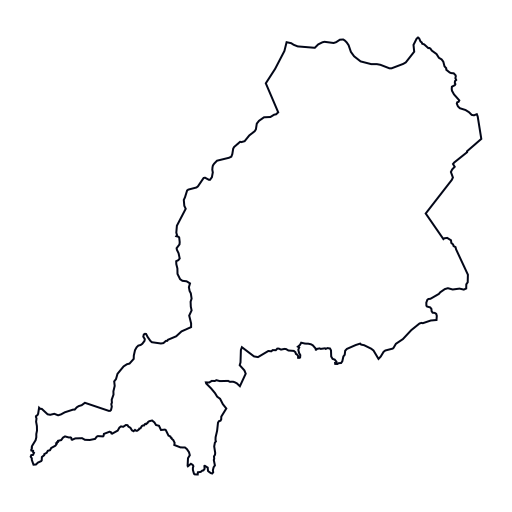 the district of Xochitlán de Vicente Suárez, Puebla, Mexico
{"feature_id": "50627088B61548157381216", "entity_name": "Xochitlán de Vicente Suárez", "entity_type": "district", "adm_level": 2, "iso_a3": "MEX", "parent_name": "Mexico", "parent_adm1": "Puebla", "projection": "mercator", "projection_center": [-97.672, 19.934], "detail": "fine", "context": "isolated", "style": "outline", "palette": "ink", "viewbox_px": 512, "rotation_deg": 0, "n_neighbors": 0, "source": "geoboundaries", "source_scale": "gbopen_adm2", "svg_char_len": 5989}
<svg xmlns="http://www.w3.org/2000/svg" viewBox="0 0 512 512"><path d="M418.0,37.5L416.6,38.7L413.5,44.9L414.2,51.7L405.8,62.4L403.2,63.9L391.6,68.3L389.4,68.3L380.4,64.8L376.7,64.1L371.1,64.1L360.6,61.4L354.1,56.3L350.9,51.9L348.6,45.2L346.7,42.4L344.8,40.5L343.2,39.5L339.9,39.7L336.1,42.2L333.6,43.0L324.5,41.8L322.4,42.3L318.2,44.4L314.8,47.8L297.7,46.4L293.7,44.8L291.2,43.2L286.6,42.2L284.4,51.0L275.1,68.9L265.8,83.3L278.2,112.3L276.1,114.3L274.1,114.7L270.4,117.0L264.0,117.3L259.0,120.8L256.8,123.6L255.9,129.3L254.7,131.2L249.3,135.4L244.6,141.2L241.4,142.1L240.1,141.8L234.2,146.9L233.2,148.6L232.3,154.1L231.3,156.7L228.9,157.8L217.0,160.7L214.1,163.7L212.9,165.5L212.5,167.3L212.3,169.7L212.8,172.4L211.9,177.2L210.0,179.8L208.9,179.8L205.0,177.7L203.6,178.0L197.9,186.4L196.4,187.5L188.3,189.6L187.1,190.5L185.0,197.3L183.8,199.9L184.3,205.8L185.7,208.8L176.9,225.7L176.3,232.6L177.0,235.1L176.3,236.2L178.6,236.8L179.2,237.6L179.7,242.1L179.5,244.4L176.6,248.2L176.9,249.8L178.6,253.3L179.7,258.5L178.3,260.2L176.2,261.2L176.3,264.1L177.4,268.5L177.5,273.9L180.1,279.2L182.4,280.8L186.6,281.3L190.0,283.4L188.9,287.2L189.6,291.0L190.8,293.3L191.6,298.6L190.6,301.7L190.8,306.6L191.6,310.4L189.2,315.6L191.1,323.4L191.1,327.1L181.5,331.4L176.2,336.3L167.9,339.8L167.3,340.8L165.9,340.9L163.4,343.1L160.9,343.5L151.8,342.2L150.3,340.8L147.6,336.9L146.1,334.0L145.0,333.8L143.8,334.5L143.3,336.7L144.8,339.1L144.5,340.9L142.3,343.8L140.6,345.0L138.3,345.6L136.6,347.3L135.0,350.2L133.8,355.6L133.7,358.9L129.5,363.6L127.0,364.2L123.6,366.4L117.5,373.8L116.0,379.1L114.2,381.4L114.7,385.9L113.4,391.3L113.5,394.6L111.7,399.7L111.9,402.7L111.3,404.1L111.8,406.7L111.0,410.0L110.2,410.8L108.9,410.9L84.9,402.8L81.7,405.2L78.7,406.1L76.8,407.3L74.7,409.6L73.1,409.6L64.8,412.3L61.0,414.4L58.1,415.3L54.3,413.8L50.2,414.8L47.6,414.3L41.8,408.9L40.2,408.8L39.1,407.7L38.1,413.9L37.3,415.3L36.2,415.9L35.9,416.8L36.5,418.5L36.1,421.7L36.9,426.1L37.0,430.6L36.3,434.0L36.3,437.3L35.6,440.2L32.1,445.9L31.7,447.2L32.0,447.9L31.2,450.0L31.4,450.6L33.1,450.8L33.1,452.1L34.0,452.8L33.0,454.9L31.3,455.1L30.7,456.7L31.8,458.3L31.8,459.9L33.5,464.7L36.0,464.5L37.9,462.6L41.2,461.1L41.7,460.4L41.9,457.0L44.2,455.2L44.3,454.1L46.7,452.8L47.8,450.8L50.0,450.2L51.2,448.0L55.4,445.7L56.6,444.0L56.2,443.3L56.9,443.1L57.0,442.2L57.9,442.1L58.2,441.7L58.1,440.8L61.2,440.1L63.0,437.6L65.0,436.4L68.9,437.5L70.5,437.4L71.2,437.8L71.6,439.5L72.1,439.8L75.3,438.4L82.1,438.2L84.9,439.8L89.7,440.0L95.1,438.9L96.7,436.7L97.9,436.1L103.0,436.4L103.6,435.8L103.9,433.9L109.6,431.7L111.2,432.4L111.4,433.4L112.1,433.7L117.7,430.6L119.4,427.6L121.0,426.4L123.2,426.8L125.9,425.0L127.5,425.2L128.4,426.6L130.4,427.8L132.0,430.4L133.6,431.2L135.0,429.9L136.2,430.8L137.3,430.7L139.1,429.3L139.3,428.6L140.5,428.3L141.8,426.1L143.1,425.4L144.0,425.5L144.9,424.1L146.1,424.1L146.3,423.5L147.3,423.3L148.2,421.9L149.3,421.2L152.1,420.5L154.4,422.4L156.0,425.0L159.0,425.8L161.0,430.0L164.9,429.6L165.8,430.1L168.5,435.6L170.4,436.5L170.8,437.7L171.5,437.9L171.9,438.9L173.3,440.1L174.6,442.8L174.3,445.0L180.5,447.4L185.0,447.5L186.9,449.1L189.0,452.2L189.8,455.2L188.0,458.2L187.6,465.8L187.9,466.3L190.9,463.8L192.7,464.9L193.4,466.2L192.9,467.8L192.9,470.0L194.0,473.8L194.8,474.4L197.7,474.5L197.9,472.3L200.7,471.9L202.3,470.6L203.4,470.4L204.6,468.8L204.4,466.0L204.8,465.8L207.7,467.6L208.0,470.9L208.6,471.5L210.8,473.1L212.2,473.5L213.2,472.3L212.9,470.2L213.6,467.3L214.9,465.4L213.8,460.0L214.2,458.8L214.0,456.4L215.0,454.7L215.2,453.0L214.2,446.4L214.9,442.6L215.9,441.4L215.5,440.1L215.6,437.2L217.1,430.8L218.0,422.7L218.9,421.2L220.5,420.7L221.2,419.4L221.3,416.6L226.3,408.5L222.8,404.1L220.1,398.8L217.2,396.7L215.0,393.1L211.1,388.4L206.2,383.5L205.9,382.4L209.2,382.5L211.8,380.9L214.8,381.0L216.4,380.2L219.8,381.1L228.1,380.9L229.9,381.8L233.0,381.7L234.6,382.2L236.8,383.3L239.9,386.2L245.7,373.7L244.4,370.4L239.7,365.2L240.5,362.4L240.9,350.0L241.9,347.2L254.0,356.4L255.1,356.6L258.0,357.1L268.3,351.0L271.3,351.3L272.7,350.1L275.8,350.2L277.3,348.6L278.8,348.6L281.0,349.6L284.5,348.9L286.1,349.1L288.4,350.5L293.8,350.9L295.4,352.2L295.9,353.9L296.8,354.3L298.1,356.0L298.1,357.8L299.2,357.9L300.1,357.5L300.3,355.1L299.1,353.0L298.3,349.8L299.2,347.5L297.9,346.7L300.0,344.9L301.2,342.7L305.1,343.6L308.3,343.7L311.0,344.3L312.8,345.3L315.6,348.5L315.8,349.7L316.3,349.7L316.9,348.9L319.6,348.4L320.7,348.9L325.0,348.3L325.7,348.9L327.5,348.1L330.0,348.5L331.0,350.4L331.2,356.5L332.6,358.9L334.7,359.6L336.5,361.8L336.5,363.3L335.1,363.1L335.2,363.9L337.4,364.0L338.6,363.2L341.1,363.0L342.3,361.3L343.4,356.4L344.7,354.8L345.2,350.7L346.9,348.9L355.8,345.0L360.2,343.6L361.1,344.6L364.1,345.2L371.2,348.7L373.5,350.5L378.5,358.9L380.7,356.6L383.6,351.8L385.3,350.5L392.7,348.6L393.5,347.9L395.9,343.8L402.9,339.1L411.3,330.1L419.5,323.5L421.5,322.9L422.8,323.2L430.8,320.5L436.5,320.0L436.8,315.9L436.2,313.8L434.7,312.9L432.6,312.7L431.6,311.1L431.4,308.9L430.2,307.4L427.0,306.5L426.4,305.7L426.3,302.7L427.3,299.9L428.4,299.0L430.4,298.8L431.8,298.0L438.9,293.9L440.2,292.3L444.8,289.1L447.9,288.2L452.7,289.5L459.5,288.6L463.8,289.6L466.2,288.5L466.3,284.3L467.7,282.3L467.9,274.7L456.1,249.4L455.5,247.1L453.6,246.1L453.1,244.5L451.3,242.9L451.0,240.3L447.2,237.9L444.3,238.3L443.4,239.1L425.7,213.5L451.8,179.9L452.9,177.5L450.9,172.0L452.2,169.4L454.7,166.8L453.0,164.0L454.2,162.5L467.1,152.2L467.0,151.3L481.3,138.9L477.7,116.5L476.8,114.2L474.0,115.3L471.7,114.9L469.0,112.2L465.5,110.0L459.8,108.2L457.9,106.3L456.8,103.6L457.2,102.3L458.6,101.8L459.3,100.4L454.0,94.4L452.0,90.8L451.7,89.0L451.9,86.7L454.8,85.2L455.4,84.1L454.8,83.0L455.0,81.1L456.2,80.0L455.4,78.2L455.8,76.1L455.5,75.2L453.7,73.3L451.2,73.1L449.7,72.5L446.3,69.8L446.2,68.2L444.5,66.3L443.3,61.7L441.6,59.4L438.9,57.8L436.5,54.0L431.8,50.6L430.4,48.6L429.4,48.0L428.3,48.1L424.2,44.4L422.2,43.7L421.8,42.5L420.5,41.5L419.2,38.5L418.0,37.5Z" fill="none" stroke="#020617" stroke-width="2"/></svg>